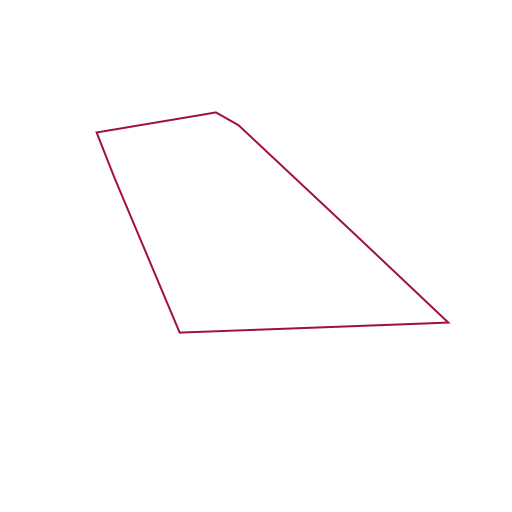 Jeff Davis, Texas, United States of America (Albers equal-area conic projection), rotated 210°
{"feature_id": "52423323B47004263581076", "entity_name": "Jeff Davis", "entity_type": "district", "adm_level": 2, "iso_a3": "USA", "parent_name": "United States of America", "parent_adm1": "Texas", "projection": "albers", "projection_center": [-104.238, 30.759], "detail": "fine", "context": "isolated", "style": "outline", "palette": "rose", "viewbox_px": 512, "rotation_deg": 210, "n_neighbors": 0, "source": "geoboundaries", "source_scale": "gbopen_adm2", "svg_char_len": 271}
<svg xmlns="http://www.w3.org/2000/svg" viewBox="0 0 512 512"><g transform="rotate(210 256 256)"><path d="M72.5,284.2L56.2,294.5L180.6,324.1L336.4,360.5L362.5,360.3L455.8,283.3L418.0,253.2L283.8,151.5L72.5,284.2Z" fill="none" stroke="#9f1239" stroke-width="2"/></g></svg>